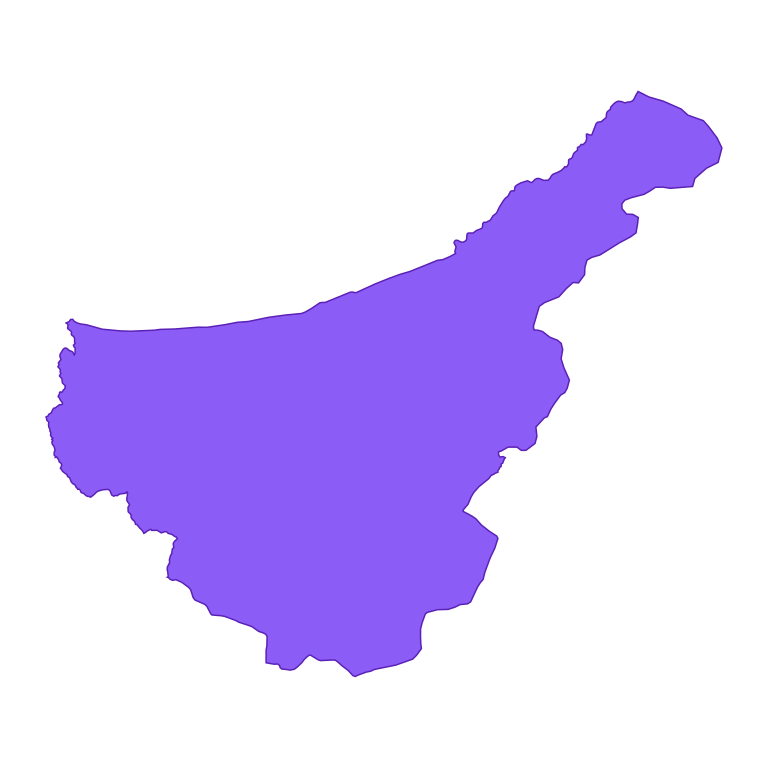 Boontay, Phôngsali, Laos
{"feature_id": "54806243B85580123027929", "entity_name": "Boontay", "entity_type": "district", "adm_level": 2, "iso_a3": "LAO", "parent_name": "Laos", "parent_adm1": "Phôngsali", "projection": "albers", "projection_center": [101.907, 21.382], "detail": "fine", "context": "isolated", "style": "filled", "palette": "violet", "viewbox_px": 768, "rotation_deg": 0, "n_neighbors": 0, "source": "geoboundaries", "source_scale": "gbopen_adm2", "svg_char_len": 5996}
<svg xmlns="http://www.w3.org/2000/svg" viewBox="0 0 768 768"><path d="M72.7,319.3L70.6,319.5L69.2,321.5L66.9,322.7L65.5,322.8L67.0,323.4L68.1,325.1L67.6,327.6L67.7,328.6L71.2,331.4L71.5,332.0L71.3,334.4L72.1,335.5L73.7,336.5L74.6,338.7L74.6,342.3L75.2,343.4L73.4,345.2L74.0,346.8L75.1,347.8L75.1,353.3L74.2,354.8L73.7,353.6L72.5,351.8L68.6,350.1L67.7,349.0L66.7,348.3L65.1,348.0L64.4,348.3L63.0,349.5L60.1,354.3L59.9,356.0L60.3,357.9L60.8,358.7L60.9,359.6L58.6,362.5L58.4,363.3L59.1,364.5L57.9,366.8L60.4,369.6L60.1,371.8L60.8,373.6L59.6,375.4L59.5,376.0L62.0,378.8L62.0,380.3L62.4,382.9L65.5,386.1L65.0,387.1L64.9,388.6L63.3,390.1L62.1,392.0L61.2,392.3L60.2,391.9L59.6,392.4L59.4,394.1L58.2,396.1L58.3,397.0L59.3,397.7L60.3,400.0L62.3,402.6L62.5,403.9L61.6,404.6L59.5,404.7L55.3,407.9L53.7,408.2L52.5,410.0L51.2,412.9L48.9,414.2L48.0,416.0L46.1,416.8L46.9,420.3L48.8,422.2L48.5,424.3L48.8,427.1L49.8,429.1L49.9,430.1L50.2,430.7L50.0,431.4L50.9,432.8L50.5,435.1L51.6,437.3L52.9,438.2L51.7,439.4L52.8,440.6L51.8,442.0L52.2,442.6L52.1,443.5L52.3,444.1L54.2,446.8L55.1,450.5L54.3,451.7L54.1,454.9L55.5,456.6L55.3,457.4L56.7,456.9L57.1,457.9L58.0,458.5L59.4,462.1L60.4,462.7L61.5,464.1L61.7,465.3L60.4,468.4L61.7,469.7L62.5,471.3L67.3,475.0L67.4,476.2L68.3,477.1L69.5,477.5L71.4,482.2L73.2,484.0L74.0,484.1L75.5,485.6L76.1,487.3L77.3,488.4L77.7,489.3L79.4,489.3L80.2,490.2L81.1,492.5L83.6,493.4L86.3,495.8L87.5,496.3L88.7,496.4L90.7,497.2L94.1,494.5L96.4,492.2L98.1,491.1L103.1,489.7L108.5,489.4L110.2,491.2L111.7,495.0L113.8,496.2L115.5,495.4L117.2,495.7L119.8,494.0L125.2,493.3L126.6,492.1L127.2,492.1L127.6,492.6L127.2,493.7L127.5,494.5L126.9,497.9L126.8,500.0L127.4,501.6L128.6,503.1L129.5,504.8L128.0,507.3L128.2,511.8L131.0,514.7L131.1,517.4L132.5,519.7L133.7,520.4L135.2,522.6L135.5,524.3L137.1,524.7L139.7,528.1L141.9,530.1L143.6,532.6L143.8,533.3L144.7,533.0L147.3,531.0L150.6,529.3L151.3,529.6L151.7,530.4L157.2,530.3L161.3,532.9L164.8,531.7L166.2,531.7L167.4,532.3L168.1,533.4L171.5,534.2L175.3,536.8L176.4,537.1L177.4,538.7L174.9,540.9L173.3,543.2L173.3,544.5L173.8,547.6L172.3,549.0L171.7,553.6L170.7,555.2L169.4,559.6L169.6,563.3L168.6,564.2L168.2,565.7L167.4,566.7L167.2,570.2L167.6,571.0L168.2,576.0L168.0,576.7L167.4,577.2L168.4,577.4L169.8,579.1L172.4,580.3L175.9,579.7L181.6,582.2L188.5,587.3L190.6,589.6L193.2,597.7L195.1,600.1L204.5,604.2L206.8,606.2L210.8,613.9L212.0,615.0L220.9,615.7L224.7,616.4L235.5,620.4L238.8,622.2L248.0,625.2L252.2,626.8L258.7,631.4L263.3,632.9L265.7,634.2L267.1,636.5L266.9,645.5L266.1,650.3L266.1,662.8L274.1,664.2L277.6,664.0L279.5,665.4L280.2,667.7L281.9,669.1L284.3,669.2L290.3,670.1L294.4,669.2L297.3,667.0L302.0,662.5L304.0,659.7L307.1,656.7L309.4,655.1L310.6,655.2L318.3,659.9L320.5,660.6L332.5,660.0L335.3,660.2L337.4,661.6L341.9,665.7L348.1,670.4L353.0,675.7L355.4,676.5L357.1,675.5L365.9,672.2L370.7,671.2L374.5,669.4L395.8,665.1L412.7,659.1L416.5,655.3L421.4,648.6L420.8,643.9L420.5,635.9L420.6,628.9L422.0,623.1L425.3,614.0L427.3,612.4L437.4,609.7L448.1,609.4L455.1,607.1L460.1,604.6L467.7,603.8L470.6,601.9L477.5,587.1L480.3,582.7L483.1,579.4L484.9,572.2L490.2,557.8L494.8,548.2L497.9,538.5L496.8,536.1L489.5,531.4L481.3,524.9L475.9,518.8L471.8,516.0L463.0,511.3L463.3,509.8L468.0,504.3L471.3,496.6L473.6,492.7L479.0,486.6L488.7,478.7L491.3,475.2L492.6,474.9L495.3,473.2L497.9,472.2L497.9,470.5L499.2,469.0L499.7,467.3L500.9,466.7L501.2,466.2L501.1,464.0L502.6,463.3L504.3,459.0L505.3,457.7L503.1,456.6L500.0,457.0L499.4,456.3L498.7,454.9L498.5,451.8L501.1,451.1L508.1,447.1L516.9,447.1L521.4,450.4L526.0,450.3L535.0,443.5L536.9,436.5L535.9,427.0L544.3,417.9L547.4,416.6L550.9,409.0L554.5,403.4L560.6,395.1L564.8,392.6L567.2,388.2L569.4,380.1L563.9,367.7L561.1,358.7L562.7,349.7L561.2,343.4L557.6,340.3L549.8,337.2L542.5,331.5L538.0,330.2L534.0,329.9L533.4,326.3L539.3,306.3L544.7,302.5L558.9,296.8L566.4,288.5L573.1,282.5L578.5,282.9L584.6,274.6L584.9,267.4L587.0,260.1L591.9,257.3L599.9,255.0L619.4,242.8L630.5,236.9L636.0,232.9L637.5,224.3L638.3,217.5L632.9,214.4L626.6,214.1L622.0,208.7L621.9,203.8L624.9,200.1L631.2,197.7L644.1,194.3L649.9,191.0L655.3,187.3L662.9,187.1L670.1,188.3L692.6,186.5L694.9,178.4L706.5,168.2L718.1,162.4L721.9,148.0L717.2,138.1L708.5,126.5L703.4,120.7L688.0,115.2L681.1,109.0L663.4,101.2L649.0,97.0L638.1,91.5L636.0,94.9L634.3,98.5L632.7,100.8L629.7,102.0L627.7,102.0L625.0,102.9L621.3,101.5L617.9,101.2L615.3,102.5L613.0,104.6L610.7,107.2L610.3,109.5L608.3,110.8L607.0,112.2L606.4,114.2L606.3,116.9L605.9,117.7L601.2,121.7L597.7,122.2L596.2,123.5L591.8,134.9L590.3,135.1L587.3,134.0L586.4,134.2L586.6,138.7L586.3,140.3L585.5,142.2L583.5,144.2L582.8,144.6L581.2,144.4L579.3,146.8L578.2,147.0L577.5,147.6L577.4,150.4L574.7,152.4L573.6,153.7L572.1,157.7L571.1,158.7L569.6,159.0L568.6,160.0L568.5,164.0L566.8,166.7L566.4,167.0L564.7,166.7L564.1,167.7L561.3,170.4L558.0,172.2L552.9,174.3L551.5,175.7L550.0,178.3L548.3,180.1L543.9,180.4L539.2,178.5L537.0,178.5L535.0,179.4L532.1,182.4L530.7,182.4L527.7,180.8L526.7,181.0L520.7,182.9L516.6,185.2L515.0,186.8L514.4,190.5L514.0,190.9L511.7,190.9L510.5,191.4L508.0,196.1L505.3,198.3L503.3,200.8L499.1,207.6L496.9,212.4L496.0,213.5L492.8,216.0L490.8,219.5L489.6,220.7L487.8,221.3L486.5,222.3L484.0,222.3L483.4,222.6L482.7,224.0L482.5,226.8L482.1,227.8L481.5,228.5L476.4,230.5L473.2,233.0L468.9,233.0L467.9,233.2L467.3,233.8L466.9,235.0L466.7,238.8L466.2,240.2L464.8,241.4L463.0,242.2L461.2,242.1L457.3,240.2L455.4,240.4L454.5,241.4L454.0,242.8L455.9,246.5L456.0,247.2L454.8,251.7L455.6,253.5L449.8,256.6L442.9,259.6L437.5,260.3L409.8,271.5L399.9,274.4L388.7,278.5L374.8,284.1L356.2,292.6L354.6,292.6L352.3,292.0L350.2,292.2L325.0,302.5L322.5,302.4L319.8,302.8L311.6,308.4L304.9,312.2L301.4,313.5L285.7,315.0L268.7,317.3L248.3,321.5L237.3,322.3L225.4,324.6L207.2,327.3L197.7,327.2L174.8,329.0L160.0,329.4L154.5,330.2L131.0,331.2L120.5,330.9L102.2,329.2L86.6,324.8L80.9,324.0L77.6,323.1L74.3,321.4L72.7,319.3Z" fill="#8b5cf6" stroke="#5b21b6" stroke-width="1.5"/></svg>